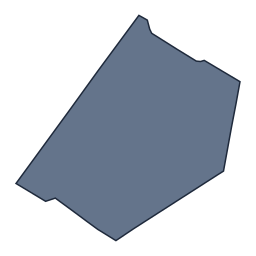 outline of Felipe Guerra, Rio Grande do Norte, Brazil
{"feature_id": "56859067B3792850034153", "entity_name": "Felipe Guerra", "entity_type": "district", "adm_level": 2, "iso_a3": "BRA", "parent_name": "Brazil", "parent_adm1": "Rio Grande do Norte", "projection": "mercator", "projection_center": [-37.653, -5.533], "detail": "fine", "context": "isolated", "style": "filled", "palette": "slate", "viewbox_px": 256, "rotation_deg": 0, "n_neighbors": 0, "source": "geoboundaries", "source_scale": "gbopen_adm2", "svg_char_len": 424}
<svg xmlns="http://www.w3.org/2000/svg" viewBox="0 0 256 256"><path d="M115.9,240.6L134.1,228.4L217.6,174.8L223.5,171.1L231.5,127.1L236.0,103.7L240.0,81.7L204.2,60.4L200.6,61.5L196.3,61.1L177.1,49.3L151.7,33.3L149.7,29.2L147.3,20.1L142.0,17.1L138.9,15.4L98.0,70.8L75.1,102.5L69.4,110.4L16.0,183.5L45.6,201.3L55.3,198.1L76.1,213.4L87.0,221.5L97.8,229.4L115.9,240.6Z" fill="#64748b" stroke="#1e293b" stroke-width="1.5"/></svg>